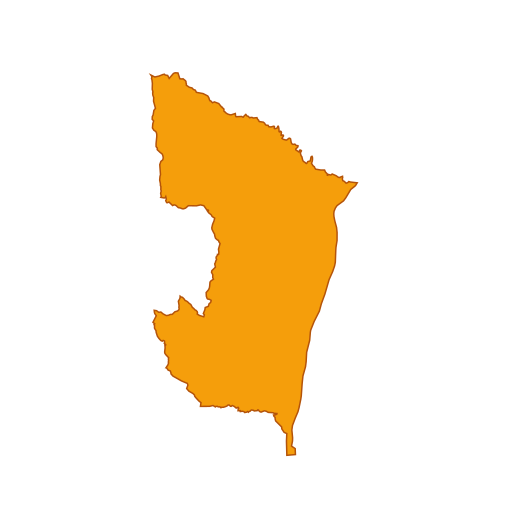 Dubova, Mehedinti, Romania (orthographic projection), rotated 345°
{"feature_id": "2599482B77671592259888", "entity_name": "Dubova", "entity_type": "district", "adm_level": 2, "iso_a3": "ROU", "parent_name": "Romania", "parent_adm1": "Mehedinti", "projection": "orthographic", "projection_center": [22.168, 44.612], "detail": "fine", "context": "isolated", "style": "filled", "palette": "amber", "viewbox_px": 512, "rotation_deg": 345, "n_neighbors": 0, "source": "geoboundaries", "source_scale": "gbopen_adm2", "svg_char_len": 6120}
<svg xmlns="http://www.w3.org/2000/svg" viewBox="0 0 512 512"><g transform="rotate(345 256 256)"><path d="M192.1,99.0L190.5,101.6L189.1,105.5L189.9,108.1L191.2,109.6L191.6,110.5L191.7,111.3L191.6,112.9L191.0,115.1L188.6,121.5L187.8,124.5L188.6,126.3L188.1,127.7L190.1,131.0L191.7,133.1L192.0,134.7L191.9,136.5L191.6,137.6L190.8,139.0L188.6,140.0L186.7,142.8L184.8,152.7L183.9,154.2L182.6,157.7L182.4,161.2L181.9,163.3L182.1,164.3L181.2,167.5L181.3,168.6L180.1,170.8L179.9,174.0L179.2,174.7L182.3,176.2L183.4,176.2L184.2,175.3L184.1,178.0L183.1,179.2L183.5,181.3L184.2,181.6L185.9,181.4L188.5,185.7L190.0,185.4L190.9,185.8L191.9,186.6L193.5,189.2L195.3,190.0L197.0,191.3L198.3,191.7L200.4,191.5L203.7,189.9L211.4,192.1L215.7,192.3L218.6,193.9L220.5,199.0L221.4,199.0L221.9,199.6L221.7,200.1L220.8,200.2L221.5,202.1L223.4,204.6L223.8,206.3L224.2,206.9L225.9,208.7L224.6,211.1L222.3,214.1L220.6,217.3L220.4,218.8L221.2,222.8L221.6,223.8L221.4,226.1L221.5,228.4L222.9,230.6L223.7,231.1L223.9,232.9L224.5,234.7L221.5,239.7L221.1,242.8L220.3,244.7L219.2,244.5L219.1,245.2L217.3,246.6L216.9,247.6L217.0,249.2L215.7,250.6L215.1,251.8L214.1,252.9L213.9,256.3L209.6,258.7L208.8,260.2L209.4,262.9L208.6,265.7L208.9,267.4L206.2,268.3L204.8,269.3L203.4,273.2L202.6,274.9L201.3,276.4L198.4,278.4L197.6,282.1L197.8,284.4L198.1,285.0L199.9,285.9L201.2,287.2L201.1,287.6L200.1,289.2L198.4,289.9L196.9,292.3L193.6,292.6L192.7,294.7L190.2,298.0L190.9,299.4L189.8,301.2L186.0,298.8L184.2,296.9L184.8,295.8L184.8,294.5L184.1,293.1L183.1,292.2L182.2,290.4L181.2,289.1L180.5,286.0L179.0,284.2L178.5,283.2L177.4,281.7L176.0,280.6L175.5,279.0L174.3,276.9L173.0,276.2L172.3,275.2L171.6,277.2L169.3,279.6L168.9,283.8L168.2,285.7L168.1,287.1L167.7,287.8L166.1,288.8L163.2,288.9L160.0,290.7L158.3,290.3L156.0,290.6L153.9,290.3L151.3,287.9L149.6,285.5L147.5,285.2L145.8,283.1L143.6,282.1L143.3,284.0L143.3,285.4L144.2,287.9L139.3,293.4L140.6,295.3L139.7,295.9L140.0,296.9L139.3,299.3L139.6,300.8L140.1,302.1L139.8,303.9L140.0,308.0L140.9,310.5L142.2,313.0L143.4,314.0L144.4,313.5L145.3,314.1L145.6,314.6L145.2,316.3L144.9,316.5L145.2,316.8L145.1,317.3L145.8,318.1L145.8,318.5L145.4,318.9L144.9,318.7L144.4,321.3L142.9,325.1L142.8,326.4L143.3,327.9L145.3,331.7L144.7,332.8L144.5,334.3L143.8,335.9L143.9,336.6L142.8,338.3L140.2,340.6L140.5,340.7L141.1,342.0L141.6,343.5L143.4,344.8L143.6,346.6L143.4,347.9L144.7,350.5L151.6,357.3L156.7,361.3L156.8,363.1L154.7,366.1L156.2,369.2L159.4,372.4L160.5,374.1L160.5,375.6L161.1,377.1L163.3,381.3L164.9,383.4L163.4,386.9L172.3,389.2L175.8,389.3L177.6,391.2L177.9,390.9L179.6,391.1L180.4,391.9L182.1,392.3L182.5,393.2L182.9,393.5L183.7,393.2L185.4,393.7L187.4,393.6L189.1,393.4L190.2,392.8L191.4,392.9L192.4,394.5L193.0,394.8L194.4,394.3L195.9,395.5L197.3,397.5L197.5,397.3L198.1,397.8L199.2,397.5L199.7,397.6L199.9,398.6L199.2,399.2L198.6,400.8L200.7,401.2L200.8,401.4L200.4,401.7L200.5,402.2L202.6,402.4L203.5,402.9L204.2,403.4L204.6,404.3L206.9,404.4L207.5,404.0L208.3,404.9L208.6,404.5L210.1,404.4L211.2,403.7L211.9,403.6L213.8,404.5L214.1,405.2L217.2,405.7L217.9,405.1L218.5,405.4L218.9,406.6L219.6,407.5L220.5,408.1L224.0,407.7L225.7,408.6L227.3,410.2L231.9,411.8L232.7,412.6L235.5,413.6L235.4,414.0L233.8,414.5L231.8,414.1L231.9,415.6L232.7,416.9L232.3,418.3L232.3,420.4L236.5,427.7L236.2,429.7L237.5,433.6L239.8,435.5L237.5,442.7L234.2,456.5L242.7,458.0L244.0,452.2L241.1,448.8L243.4,444.1L244.3,441.1L245.6,433.4L247.4,429.1L251.9,422.8L256.2,417.3L258.3,413.7L262.2,405.9L263.5,402.9L267.5,391.3L270.3,384.0L275.2,375.7L277.1,371.0L280.0,362.1L286.0,351.4L288.8,343.6L289.7,341.7L295.2,334.3L302.9,325.7L306.8,319.0L312.7,310.6L320.5,297.7L326.0,290.9L329.3,286.0L331.0,282.6L334.6,270.9L335.5,268.3L338.3,262.0L340.4,254.3L341.2,249.3L341.2,242.7L341.5,238.1L342.0,235.5L342.9,233.1L345.1,230.2L347.3,228.3L354.8,225.4L357.8,223.0L364.7,216.3L370.3,213.8L372.7,211.5L366.4,209.0L364.9,208.1L363.7,208.8L361.9,209.0L360.7,206.9L359.3,205.6L359.4,203.6L360.0,202.8L360.2,201.4L358.1,201.6L357.4,202.0L356.6,201.5L356.0,201.4L354.2,199.2L350.8,196.5L349.4,197.1L348.9,197.0L346.8,195.8L346.2,196.6L345.8,196.4L346.1,195.2L344.8,192.8L344.5,190.7L340.8,189.7L336.0,187.5L335.5,185.6L335.5,185.0L334.4,183.5L333.6,180.9L335.0,178.8L335.7,177.0L336.1,175.1L335.9,174.2L335.2,174.3L334.7,174.7L333.0,178.2L330.5,178.2L329.0,179.6L328.6,179.7L328.1,179.3L327.8,178.6L326.3,176.9L325.9,175.7L326.0,172.0L325.5,170.7L325.5,168.2L325.8,167.6L327.1,166.2L326.6,165.3L325.8,165.0L325.3,165.4L324.8,166.7L324.3,166.6L321.9,163.7L322.1,162.9L324.4,161.7L324.9,161.1L325.1,160.3L323.4,159.6L322.5,158.0L320.7,157.8L320.0,157.3L319.6,156.5L319.4,155.3L319.7,151.8L319.1,151.0L318.4,150.8L317.6,151.0L316.6,151.6L315.2,151.9L312.5,150.3L311.5,149.1L313.6,147.2L313.7,146.6L313.5,146.2L313.0,146.0L311.5,146.0L311.4,145.7L312.0,144.9L312.0,144.4L312.6,143.1L312.4,142.2L311.9,141.8L311.1,142.2L310.7,142.2L310.5,141.8L311.1,138.8L311.2,136.6L311.0,136.3L310.6,136.4L309.5,137.9L307.5,138.0L306.8,137.7L306.7,137.1L307.3,136.0L307.1,135.4L306.6,135.2L303.9,135.2L301.9,134.5L301.5,132.9L299.8,132.3L299.1,131.6L298.7,130.0L297.7,128.6L294.0,127.0L293.7,126.4L293.7,125.5L293.0,124.5L292.7,122.6L289.1,122.0L288.2,121.2L287.0,120.8L285.7,120.9L284.6,119.0L283.6,118.5L282.8,116.6L281.0,117.5L279.7,118.6L279.0,118.3L278.3,117.5L272.8,116.3L272.5,115.8L272.9,113.0L268.6,113.2L267.5,112.9L265.3,111.5L263.6,109.5L263.4,108.8L262.6,108.1L262.7,106.6L263.0,106.1L262.9,105.3L261.9,104.1L261.9,103.5L261.3,103.2L259.5,99.1L255.7,96.4L253.6,96.7L252.4,94.4L251.7,94.1L251.5,93.3L251.4,90.9L250.8,88.9L246.9,85.4L240.8,82.5L240.3,80.1L238.7,79.0L237.7,77.1L235.3,75.8L232.9,73.0L233.3,71.7L233.2,70.9L233.5,69.4L233.3,68.5L231.4,65.9L230.5,65.9L228.3,65.1L228.0,59.0L225.3,58.1L223.5,58.3L218.1,62.0L217.4,58.7L215.1,57.7L214.6,56.7L213.1,56.6L208.8,57.1L204.6,56.9L201.3,54.0L201.8,55.5L201.8,56.1L201.0,57.5L201.1,58.9L200.6,62.4L198.9,68.1L198.9,71.0L198.4,71.6L198.0,73.8L198.2,76.5L197.1,79.9L197.1,87.3L195.0,89.0L193.1,93.2L191.9,94.5L191.1,97.1L192.1,99.0Z" fill="#f59e0b" stroke="#b45309" stroke-width="1.5"/></g></svg>